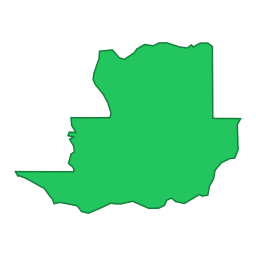 Solano, California, United States of America
{"feature_id": "52423323B43221954300759", "entity_name": "Solano", "entity_type": "district", "adm_level": 2, "iso_a3": "USA", "parent_name": "United States of America", "parent_adm1": "California", "projection": "robinson", "projection_center": [-122.002, 38.285], "detail": "fine", "context": "isolated", "style": "filled", "palette": "green", "viewbox_px": 256, "rotation_deg": 0, "n_neighbors": 0, "source": "geoboundaries", "source_scale": "gbopen_adm2", "svg_char_len": 1059}
<svg xmlns="http://www.w3.org/2000/svg" viewBox="0 0 256 256"><path d="M99.5,51.2L99.0,58.8L93.9,73.4L93.1,79.6L95.4,84.6L103.4,94.5L107.7,102.5L111.1,113.0L110.1,117.6L91.0,117.8L71.0,117.7L71.7,125.4L75.9,132.5L69.3,132.1L68.0,135.7L73.6,137.0L69.6,139.1L73.8,146.4L74.3,152.1L71.1,153.9L68.5,163.5L72.9,167.2L73.8,169.1L73.9,171.8L15.4,171.6L18.0,176.2L19.0,175.7L25.9,178.3L40.1,186.2L44.4,188.5L49.7,196.0L52.4,198.9L54.1,203.7L60.1,202.4L77.1,205.7L81.6,211.6L88.4,213.2L100.4,208.1L101.5,207.6L111.1,203.0L114.1,203.7L120.2,204.0L132.7,201.3L148.6,208.3L158.7,208.2L164.2,205.6L166.2,201.7L166.7,200.2L171.5,198.1L175.7,201.6L184.5,203.4L199.2,194.6L202.4,196.1L207.8,195.1L209.4,186.3L213.4,179.1L215.1,170.2L221.4,162.7L230.0,158.5L234.6,158.1L238.1,149.8L237.3,124.6L240.6,118.6L214.8,118.4L212.8,118.1L212.4,46.6L207.7,43.0L200.3,43.1L193.1,47.0L191.5,44.9L187.3,48.0L179.7,47.0L166.7,42.8L158.9,43.0L153.2,45.8L144.6,44.5L136.9,49.0L134.1,52.9L124.2,59.5L119.1,57.6L112.3,49.9L99.5,51.2Z" fill="#22c55e" stroke="#15803d" stroke-width="1.5"/></svg>